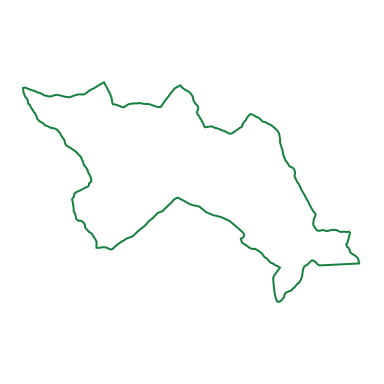 outline of Mumias West, Western, Kenya, rotated 87°
{"feature_id": "3690345B19078543384145", "entity_name": "Mumias West", "entity_type": "district", "adm_level": 2, "iso_a3": "KEN", "parent_name": "Kenya", "parent_adm1": "Western", "projection": "orthographic", "projection_center": [34.444, 0.279], "detail": "fine", "context": "isolated", "style": "outline", "palette": "green", "viewbox_px": 384, "rotation_deg": 87, "n_neighbors": 0, "source": "geoboundaries", "source_scale": "gbopen_adm2", "svg_char_len": 5973}
<svg xmlns="http://www.w3.org/2000/svg" viewBox="0 0 384 384"><g transform="rotate(87 192 192)"><path d="M243.1,145.3L245.2,144.6L246.8,142.7L247.9,140.9L249.2,139.3L250.5,137.8L251.4,136.2L252.2,134.2L251.9,132.3L252.9,130.7L254.3,128.8L255.1,127.5L256.0,126.5L257.3,125.3L259.0,124.1L260.2,123.5L261.3,122.3L262.2,120.7L263.8,119.6L265.1,118.6L266.6,117.2L267.8,114.8L269.1,113.2L269.8,112.0L270.7,110.1L272.1,108.2L274.2,109.8L278.7,113.6L280.7,114.8L282.5,115.5L284.0,115.4L286.7,115.4L293.6,115.0L297.1,114.8L301.3,114.1L303.2,113.6L304.7,113.1L306.0,112.5L306.2,111.1L305.7,109.4L304.9,108.3L303.5,107.1L301.8,105.6L299.8,105.1L298.5,104.4L297.3,103.4L296.8,101.7L296.1,100.0L295.6,98.0L294.0,96.6L292.5,94.5L290.8,93.0L289.6,92.0L288.6,90.7L287.8,89.5L286.5,88.8L285.4,87.9L281.7,86.4L280.3,86.1L278.3,85.8L276.5,85.4L275.0,85.1L273.9,84.6L272.6,84.1L271.7,83.0L270.9,81.2L269.7,79.5L268.8,78.6L267.4,77.1L266.5,75.6L266.9,74.3L268.1,72.6L271.0,70.2L272.0,68.3L272.1,28.8L270.7,29.1L268.9,29.2L266.4,30.2L265.3,31.1L264.1,32.5L263.3,33.7L262.2,35.2L260.8,36.8L259.7,37.4L258.0,37.7L256.1,38.4L255.1,39.9L252.5,40.7L251.1,39.7L248.8,38.7L247.0,38.1L244.8,37.5L242.9,36.9L241.3,36.3L239.8,37.2L240.1,39.1L239.9,40.4L239.6,41.8L239.6,43.4L239.7,45.0L239.4,46.5L238.7,47.8L237.8,49.3L237.3,51.2L237.2,52.7L237.3,55.5L237.7,56.8L238.1,58.7L237.8,60.7L237.2,62.0L236.8,63.3L237.4,67.1L237.1,68.7L235.4,70.3L233.1,71.6L231.5,72.5L229.9,72.6L228.4,72.3L226.9,72.0L225.5,71.8L224.3,71.2L222.8,70.3L221.4,69.8L219.8,69.9L218.5,71.2L217.2,72.1L212.5,74.5L209.9,75.7L208.3,76.2L205.5,77.7L202.4,79.2L200.0,80.2L197.9,81.4L196.3,82.1L194.7,83.0L193.0,83.5L191.0,84.3L189.6,85.0L187.5,86.3L185.7,87.2L182.1,88.7L179.9,88.5L178.7,88.1L177.3,88.1L175.9,88.5L174.6,89.0L173.3,89.9L172.5,91.3L171.9,92.5L170.8,93.8L168.8,94.7L167.1,95.7L165.5,97.0L163.8,97.5L161.8,98.2L160.1,98.8L156.5,99.3L154.6,99.6L152.1,100.3L150.2,100.7L148.3,101.2L146.9,101.5L145.3,101.3L143.5,101.3L142.2,101.5L138.7,101.9L136.6,102.7L134.0,104.6L131.5,107.1L129.3,109.6L128.4,110.9L127.9,112.5L127.0,113.6L125.8,115.9L125.4,117.8L124.1,118.9L121.4,121.4L120.0,124.5L118.8,126.0L118.0,127.3L117.5,128.5L117.4,129.8L118.9,131.5L120.9,133.4L122.5,134.0L123.5,135.0L124.7,136.2L126.1,137.3L127.6,138.2L129.4,138.7L130.1,140.2L130.8,141.5L132.7,144.4L133.4,145.5L134.5,147.1L135.7,149.4L135.7,151.6L134.7,153.4L133.7,154.8L132.7,156.7L132.0,158.8L131.2,160.3L130.2,162.4L129.6,163.9L129.1,165.9L128.0,167.7L127.4,169.5L127.7,171.3L127.8,172.8L128.0,174.3L128.0,175.8L126.7,176.5L125.1,176.9L123.3,177.6L122.1,178.3L119.6,179.3L118.4,180.3L116.4,181.0L115.1,182.2L113.5,182.8L111.9,182.6L110.2,181.8L108.1,181.3L106.2,181.9L105.1,182.8L103.8,184.2L101.8,185.1L100.1,185.9L98.1,186.0L95.8,186.7L94.7,187.5L93.2,188.5L92.1,189.3L91.3,190.4L90.6,191.9L89.2,193.9L87.5,196.0L86.1,197.3L84.9,198.0L86.3,201.2L86.9,202.4L87.6,203.7L89.1,205.2L91.4,207.3L96.1,211.2L99.6,214.4L104.5,217.9L105.6,218.9L105.4,221.0L105.0,222.8L104.5,224.3L103.1,227.4L102.2,229.6L101.7,232.3L101.6,233.9L101.5,235.1L101.1,237.0L100.6,238.6L100.5,240.3L100.6,242.6L100.5,244.0L100.6,246.3L100.8,249.8L101.4,251.5L102.6,253.5L103.8,255.7L103.5,257.3L101.9,260.8L101.1,262.3L100.6,264.3L100.3,266.4L98.4,267.0L96.6,267.1L92.8,267.6L91.4,268.1L89.7,268.7L88.3,269.3L82.8,271.8L81.2,272.6L79.5,273.5L77.8,274.2L78.6,275.7L79.2,276.9L80.8,280.1L82.4,282.9L83.2,284.2L83.7,285.5L84.3,287.0L85.1,288.6L86.8,291.2L88.1,293.2L88.8,294.5L88.9,296.0L88.7,297.9L88.6,299.9L88.8,301.4L89.2,303.3L89.7,305.2L90.3,307.0L91.0,309.5L90.5,311.9L90.2,313.8L89.8,315.4L89.3,316.7L88.5,319.3L88.2,320.5L87.8,322.1L88.3,324.8L88.9,326.7L89.2,328.4L89.0,329.9L88.5,331.9L87.9,334.1L86.9,335.7L85.9,337.1L85.3,338.4L84.8,340.2L83.9,341.9L83.2,343.2L82.0,346.4L81.2,348.4L80.3,350.4L79.6,351.8L78.9,353.3L79.3,355.2L83.7,355.1L85.7,354.3L87.7,353.8L88.8,353.1L89.7,352.1L91.3,351.6L92.9,351.1L95.1,351.0L96.9,349.2L98.7,348.7L101.2,347.1L104.4,345.5L105.3,344.4L109.3,343.1L110.7,342.8L112.4,341.4L113.7,340.2L114.6,338.5L116.3,336.3L117.6,335.6L118.7,332.8L119.3,331.7L120.5,329.8L120.8,328.0L121.2,326.8L121.6,325.3L122.5,323.8L124.0,322.4L125.8,321.1L127.3,320.2L128.5,319.8L132.1,317.7L133.4,316.7L135.1,316.5L137.4,316.0L139.1,315.0L140.0,313.8L140.4,312.6L141.2,311.5L142.5,309.9L143.6,308.4L144.6,307.1L145.8,305.7L146.8,304.8L148.2,303.8L151.1,301.1L153.3,300.4L154.9,299.8L156.5,299.1L158.3,298.8L160.1,298.1L161.7,296.7L163.7,295.6L165.6,294.9L167.3,294.5L168.8,294.0L169.8,293.2L171.3,292.6L174.3,292.0L175.9,291.9L177.0,293.2L178.1,294.4L179.9,294.6L181.0,295.5L182.4,298.9L182.9,300.1L184.1,302.4L184.7,303.9L185.8,307.0L186.8,308.8L187.7,309.6L189.5,309.8L191.3,310.8L192.5,312.0L194.2,312.0L195.6,311.7L197.0,311.5L203.0,311.0L204.5,311.2L205.9,311.0L207.0,310.0L208.9,309.6L211.0,309.3L212.9,308.9L213.8,308.0L214.8,307.0L214.8,305.7L214.9,304.3L215.8,302.9L217.3,301.8L218.9,300.7L220.9,300.6L222.4,300.3L223.8,299.2L225.0,298.0L226.6,296.9L227.3,295.3L228.7,294.0L230.2,293.4L231.4,292.4L233.0,291.8L234.6,290.8L236.1,290.1L237.7,289.9L239.5,290.1L241.0,290.3L242.6,290.3L243.0,288.0L242.7,286.0L242.5,284.6L242.5,283.0L242.7,281.4L243.3,279.8L244.4,277.9L245.2,276.0L244.9,274.6L241.4,270.3L240.0,268.3L237.8,264.7L237.0,263.0L235.2,260.0L234.6,258.4L233.9,256.0L233.3,253.9L230.6,250.6L228.1,247.7L226.7,245.9L225.5,244.1L223.6,241.4L222.1,239.6L219.6,237.4L217.9,235.3L216.4,233.0L213.0,229.3L211.2,227.5L210.2,224.5L209.8,222.7L204.5,216.8L203.5,215.5L202.7,214.4L200.8,212.3L199.2,211.1L198.1,209.5L197.3,207.8L196.9,206.5L199.0,202.9L200.7,200.0L202.6,197.1L204.2,194.4L205.4,191.4L206.4,187.0L207.0,185.4L209.0,183.2L211.7,180.2L212.9,178.8L215.7,173.2L216.6,171.0L217.0,169.2L218.3,165.1L219.4,162.5L221.0,159.7L222.6,156.4L223.7,155.1L225.0,153.7L226.7,151.8L229.3,149.2L231.8,146.6L233.9,144.4L235.3,143.2L236.9,142.2L238.6,142.3L240.1,143.3L240.8,144.4L241.3,145.7L243.1,145.3Z" fill="none" stroke="#15803d" stroke-width="2"/></g></svg>